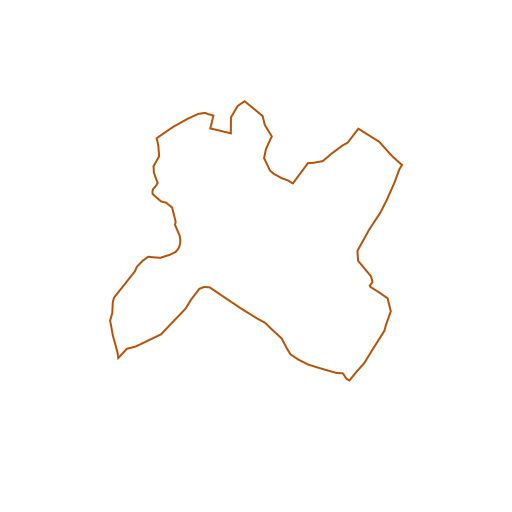 outline of Hays, Al Hudaydah, Yemen, rotated 40°
{"feature_id": "15242507B23661917867997", "entity_name": "Hays", "entity_type": "district", "adm_level": 2, "iso_a3": "YEM", "parent_name": "Yemen", "parent_adm1": "Al Hudaydah", "projection": "natural_earth1", "projection_center": [43.487, 13.93], "detail": "fine", "context": "isolated", "style": "outline", "palette": "amber", "viewbox_px": 512, "rotation_deg": 40, "n_neighbors": 0, "source": "geoboundaries", "source_scale": "gbopen_adm2", "svg_char_len": 2281}
<svg xmlns="http://www.w3.org/2000/svg" viewBox="0 0 512 512"><g transform="rotate(40 256 256)"><path d="M407.6,291.3L407.4,279.6L407.8,268.6L405.6,254.0L402.5,231.3L402.4,230.6L401.5,228.8L399.9,225.3L394.8,211.7L394.4,211.4L394.1,211.1L393.8,211.0L384.0,203.8L377.6,204.4L375.3,204.6L363.4,206.1L362.2,205.6L362.0,201.1L360.4,199.9L357.0,197.6L337.4,194.1L330.5,187.0L330.4,186.8L326.5,166.8L326.4,166.6L325.9,164.0L323.3,142.4L321.5,134.7L320.1,128.7L318.8,124.3L318.0,121.7L318.0,121.4L314.9,110.8L310.0,97.1L309.4,92.4L301.5,92.2L300.8,92.1L297.7,92.1L291.5,91.4L277.1,89.3L252.6,92.7L253.4,110.1L251.3,115.5L248.0,129.3L247.2,134.5L246.1,140.5L239.8,148.0L236.1,151.4L236.2,153.3L236.2,153.5L236.8,162.9L237.0,167.3L237.6,176.7L237.3,176.8L232.9,177.4L232.2,177.5L225.6,179.9L216.5,181.6L212.3,181.6L210.8,181.1L199.9,176.1L199.3,175.9L194.9,167.7L191.5,155.4L191.2,154.2L180.4,150.6L178.3,149.8L171.1,144.5L162.5,144.6L147.8,144.8L146.3,150.1L145.5,153.0L147.7,165.9L157.9,178.2L148.9,182.7L139.0,187.6L133.1,175.8L128.7,177.8L128.1,178.1L125.3,179.0L124.0,180.2L123.4,180.9L120.4,184.3L115.5,194.7L109.7,209.8L107.7,216.9L107.6,217.2L106.2,222.2L105.5,224.8L104.2,229.6L104.3,229.7L110.2,234.2L117.7,241.9L118.8,247.7L119.8,253.1L124.1,257.7L128.8,260.5L133.7,263.2L133.8,264.0L134.2,265.7L134.2,268.0L134.2,270.9L135.0,272.8L136.8,274.9L139.4,275.1L146.4,275.2L148.2,275.2L153.0,272.9L160.5,272.8L165.7,276.5L167.1,277.5L172.3,281.3L172.7,281.9L173.9,284.2L184.6,289.6L188.1,292.8L190.0,295.5L191.6,299.3L191.8,301.4L191.8,304.7L188.9,311.0L186.4,314.8L184.0,318.8L177.3,323.6L174.0,325.8L173.8,326.4L172.6,331.2L172.5,331.3L172.2,332.0L171.7,340.8L173.1,345.7L173.4,356.7L173.9,375.1L174.0,379.2L176.1,383.6L182.5,392.0L185.8,399.3L186.9,400.2L192.9,405.1L197.5,409.0L202.1,412.1L211.5,418.6L216.1,422.7L216.7,410.1L222.0,402.7L223.6,399.2L233.3,377.7L233.6,377.1L234.8,357.7L235.9,341.5L234.3,331.1L233.7,317.6L236.2,313.0L240.7,309.8L278.1,305.9L297.2,303.1L306.0,301.3L314.5,302.0L328.8,302.7L332.1,304.1L339.1,307.0L345.7,309.2L347.4,309.0L355.8,308.0L361.9,306.5L365.4,305.7L366.4,305.4L379.8,299.7L381.4,299.0L392.9,293.8L397.7,290.2L399.1,290.3L400.4,290.8L402.1,291.3L403.9,291.8L405.6,291.7L407.6,291.3Z" fill="none" stroke="#b45309" stroke-width="2"/></g></svg>